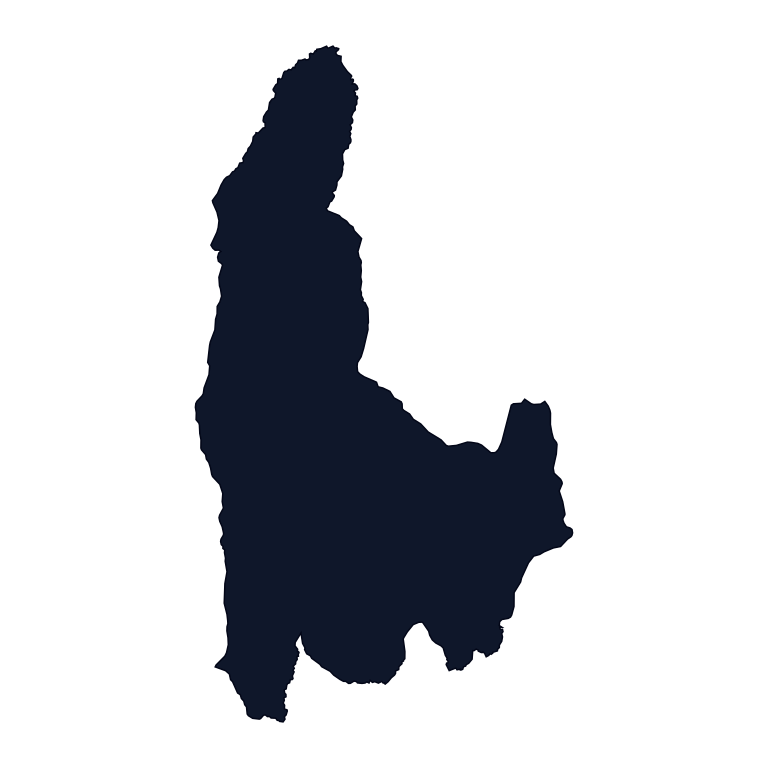 Jambaló, Cauca, Colombia (Natural Earth projection)
{"feature_id": "7082276B84035448775523", "entity_name": "Jambaló", "entity_type": "district", "adm_level": 2, "iso_a3": "COL", "parent_name": "Colombia", "parent_adm1": "Cauca", "projection": "natural_earth1", "projection_center": [-76.314, 2.87], "detail": "fine", "context": "isolated", "style": "filled", "palette": "ink", "viewbox_px": 768, "rotation_deg": 0, "n_neighbors": 0, "source": "geoboundaries", "source_scale": "gbopen_adm2", "svg_char_len": 6066}
<svg xmlns="http://www.w3.org/2000/svg" viewBox="0 0 768 768"><path d="M215.2,666.9L225.6,670.7L229.4,674.1L230.6,679.7L232.6,681.7L237.6,693.0L240.3,694.7L241.4,698.5L243.8,701.1L244.7,704.7L246.5,706.9L247.2,714.0L248.4,715.7L252.6,718.3L259.4,719.1L260.6,718.6L263.4,715.4L265.2,714.8L267.4,716.6L269.5,716.5L271.1,718.0L275.7,718.2L277.2,720.3L278.8,720.5L279.6,721.4L283.1,721.9L285.0,719.2L284.4,716.7L286.1,715.0L287.3,711.0L287.0,709.8L284.4,709.0L284.6,705.2L283.2,703.1L284.3,700.4L283.9,697.8L286.0,696.8L285.9,694.3L284.8,693.4L284.1,689.9L286.2,688.9L286.8,685.0L287.6,683.6L289.6,682.8L290.3,679.6L292.1,679.6L293.0,678.7L292.4,675.8L294.1,671.9L292.9,670.2L294.3,668.4L293.2,666.1L295.6,663.9L295.7,661.6L297.2,659.5L297.0,657.1L297.5,656.1L298.4,656.2L298.3,654.0L299.0,652.7L298.6,651.8L297.5,651.7L297.6,649.2L295.0,645.8L295.2,642.4L301.0,632.9L302.6,643.4L305.0,647.9L304.6,649.6L306.7,653.8L310.4,655.8L311.7,658.3L319.9,664.3L321.7,666.7L330.2,671.3L333.7,675.1L339.9,679.4L343.4,681.3L345.9,681.4L348.5,683.4L350.4,683.3L354.0,681.1L356.5,681.6L357.4,682.9L362.0,683.4L365.1,683.0L366.8,681.9L369.0,683.0L370.1,680.3L372.4,682.4L374.8,681.7L378.4,683.1L381.8,681.4L383.1,683.0L384.6,682.6L384.4,683.5L385.2,684.1L388.1,681.7L391.4,677.7L394.5,675.1L395.5,673.5L395.6,670.9L398.7,669.6L398.9,666.6L402.0,663.7L401.7,662.2L403.5,661.0L403.7,659.8L404.8,658.8L404.9,651.5L403.2,638.9L404.0,637.3L407.3,631.9L413.2,624.6L418.7,622.3L421.8,622.1L422.8,622.6L428.7,631.2L429.7,635.2L432.3,639.9L435.8,643.0L441.0,645.8L443.2,647.9L445.3,655.2L447.1,658.2L446.8,659.5L448.2,661.5L447.8,663.0L446.6,663.1L446.2,664.6L449.2,670.6L455.1,668.3L456.0,668.3L457.0,669.8L460.5,669.1L460.4,670.0L461.4,669.9L462.7,669.3L463.5,666.8L465.6,666.1L466.3,664.6L468.7,663.3L472.1,659.2L472.7,650.6L473.9,650.7L476.2,649.1L478.1,650.0L478.3,651.1L481.2,652.5L482.5,652.5L483.0,651.8L484.7,653.5L486.2,656.8L488.8,655.4L489.9,653.7L491.1,654.3L492.7,653.2L492.6,652.4L497.4,650.9L497.6,649.3L499.3,647.6L499.4,645.0L501.7,641.4L502.5,636.9L501.7,633.5L503.0,631.7L502.5,629.3L501.2,629.6L500.1,629.0L499.7,627.4L502.0,627.3L499.2,625.5L499.7,621.7L501.9,619.5L508.2,618.4L510.5,617.1L511.7,615.0L514.0,606.5L514.1,592.6L520.6,582.0L521.6,577.8L528.5,562.8L533.7,556.1L539.8,554.4L544.1,551.8L553.5,547.9L560.6,546.5L567.5,539.1L570.9,536.8L571.9,535.5L572.6,532.9L572.0,529.5L570.1,528.0L566.4,526.8L564.0,523.2L562.9,520.1L562.9,518.5L564.9,514.8L564.9,513.7L562.7,501.7L559.2,491.0L562.2,483.7L562.0,482.0L560.6,479.3L554.1,473.2L553.2,468.0L556.3,454.1L557.0,444.4L556.4,442.5L553.4,438.6L551.8,432.5L550.4,424.5L550.5,413.1L549.9,410.2L548.2,406.1L544.8,401.4L540.6,404.1L533.8,404.5L531.3,403.8L524.7,399.2L521.5,403.3L513.4,403.8L511.3,405.2L501.8,442.0L498.5,449.3L496.1,452.0L494.6,452.7L490.9,452.8L481.6,445.1L477.8,443.4L470.9,442.3L467.4,442.1L456.5,445.4L448.4,446.2L446.3,445.5L441.1,439.9L428.2,432.0L420.7,423.9L413.3,419.3L409.6,414.0L403.8,410.4L402.3,408.8L402.1,403.8L401.2,401.8L394.0,397.9L389.9,391.4L382.9,388.0L378.1,386.8L376.5,382.2L363.9,376.7L359.7,373.9L357.6,371.6L357.1,366.4L357.5,362.6L361.1,356.8L363.6,348.6L368.0,329.6L367.8,324.7L368.4,322.4L367.9,308.6L365.0,302.7L362.6,301.5L363.2,299.3L361.3,295.6L361.4,292.6L360.4,289.8L361.6,281.6L360.7,277.1L361.3,270.6L360.8,265.0L361.3,262.5L361.0,260.5L359.0,257.1L357.9,251.5L361.6,238.6L354.3,230.8L352.9,226.9L349.4,224.7L346.6,221.2L341.3,217.8L339.3,215.6L327.5,210.8L326.2,208.1L328.0,206.8L329.9,201.9L331.6,201.1L334.2,196.8L334.3,195.4L332.6,193.4L332.3,192.0L335.5,190.1L336.9,185.1L337.0,181.8L341.4,175.9L342.7,169.3L342.5,166.9L343.6,163.5L342.7,160.0L342.5,153.9L344.8,149.6L348.1,148.2L348.7,144.3L350.4,142.8L350.9,141.3L350.9,139.5L349.8,136.4L350.8,133.6L349.6,131.4L351.1,129.4L351.4,127.7L350.1,124.8L352.4,122.7L352.8,120.0L351.3,116.9L353.2,112.2L355.3,109.9L355.1,106.1L356.8,104.0L356.7,100.0L357.7,98.2L357.2,96.3L355.1,95.7L355.5,93.0L353.8,91.1L355.0,90.0L357.2,89.7L357.9,88.4L356.9,85.8L354.9,83.9L352.2,83.9L353.4,80.9L353.3,79.6L352.7,79.1L350.7,79.6L350.7,77.6L351.6,76.5L351.5,75.6L347.3,71.5L342.8,65.3L340.9,61.6L341.1,56.3L337.4,55.4L335.9,53.5L336.1,51.8L338.5,49.7L338.7,48.6L336.1,47.8L334.8,48.2L333.0,46.1L327.9,48.3L326.6,46.2L320.8,48.7L316.8,49.3L316.4,51.1L315.3,50.8L313.3,54.0L310.6,53.3L309.5,54.0L309.7,57.9L308.6,59.5L305.9,59.9L305.0,59.0L301.4,60.3L298.5,60.3L297.5,63.0L295.6,64.8L294.7,67.8L293.2,67.3L291.1,69.9L288.9,69.4L286.7,71.2L285.0,71.2L283.8,72.5L281.9,78.6L279.7,79.4L279.1,78.4L277.8,78.9L277.6,83.5L275.8,84.8L273.1,89.3L273.4,90.6L275.7,93.1L274.9,97.3L274.1,98.4L272.0,99.2L269.6,102.5L268.4,110.1L266.5,112.0L263.7,116.6L263.1,120.6L263.5,121.9L265.0,122.6L265.2,126.8L264.8,127.7L263.0,128.0L258.3,133.0L256.0,132.7L255.9,133.9L253.2,137.0L252.7,141.4L250.3,146.3L248.2,148.5L247.3,152.0L245.8,153.3L242.8,158.3L243.5,160.8L243.0,162.6L239.7,163.1L237.9,167.7L235.8,168.8L234.5,171.1L232.5,171.9L229.7,175.7L226.5,177.2L224.2,179.6L221.1,185.0L217.6,193.5L212.4,200.6L212.9,202.8L217.0,212.1L219.0,220.6L218.2,227.6L216.9,232.3L210.9,245.1L212.8,248.2L215.1,250.2L218.9,250.1L220.9,251.5L218.8,253.0L217.6,257.2L218.4,261.2L221.7,263.7L222.5,265.2L218.9,277.2L219.5,285.9L220.5,288.8L221.6,296.2L219.9,301.9L217.2,306.4L217.1,314.0L215.6,319.2L214.9,329.9L210.3,342.0L209.6,345.4L207.7,362.4L209.7,365.8L209.0,374.7L204.1,387.9L203.3,393.7L202.0,395.9L197.0,401.2L195.8,403.6L195.4,407.3L196.3,412.8L196.1,419.7L198.9,423.1L199.4,425.0L199.8,433.5L201.0,439.8L200.9,448.1L201.5,449.8L205.6,454.6L206.4,459.1L208.8,462.4L210.6,468.1L211.7,474.3L212.6,476.6L219.8,484.3L222.8,493.5L222.2,501.6L223.4,508.1L219.6,515.2L219.0,517.7L219.8,521.4L222.2,526.8L223.6,533.3L223.4,535.1L221.0,539.2L220.6,541.5L221.3,544.6L223.0,546.3L222.9,548.5L224.7,549.8L224.5,552.8L225.5,558.1L225.2,561.3L227.0,571.7L224.9,583.5L224.2,603.2L227.0,614.4L227.7,620.6L227.9,623.6L227.0,626.7L226.9,630.9L228.0,637.7L228.3,644.7L226.5,652.8L224.8,656.2L216.1,665.0L215.2,666.9Z" fill="#0f172a" stroke="#020617" stroke-width="1.5"/></svg>